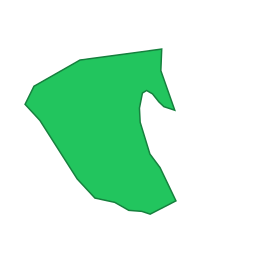 the border of Miren-Kostanjevica, rotated 56°
{"feature_id": "SVN-1032", "entity_name": "Miren-Kostanjevica", "entity_type": "Municipality", "adm_level": 1, "iso_a3": "SVN", "parent_name": "Slovenia", "parent_adm1": "", "projection": "natural_earth1", "projection_center": [13.637, 45.866], "detail": "fine", "context": "isolated", "style": "filled", "palette": "green", "viewbox_px": 256, "rotation_deg": 56, "n_neighbors": 0, "source": "natural_earth", "source_scale": "10m", "svg_char_len": 443}
<svg xmlns="http://www.w3.org/2000/svg" viewBox="0 0 256 256"><g transform="rotate(56 128 128)"><path d="M50.8,200.1L40.8,182.6L44.8,129.8L81.4,55.9L98.8,68.7L139.4,79.3L130.4,86.3L123.6,87.8L113.4,88.6L107.3,91.6L107.1,96.5L117.9,107.4L130.0,114.7L161.8,124.4L178.8,123.6L215.2,129.0L211.8,157.8L204.8,163.2L196.7,173.4L182.2,180.6L167.6,194.6L141.9,198.6L72.5,196.8L50.8,200.1Z" fill="#22c55e" stroke="#15803d" stroke-width="1.5"/></g></svg>